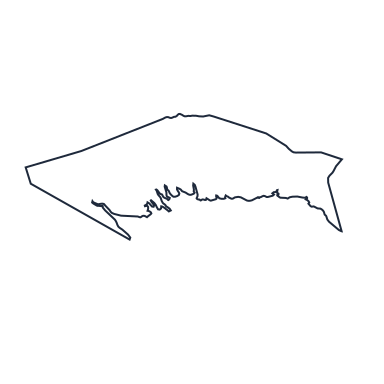 an SVG outline of Gulf, rotated 344°
{"feature_id": "PNG-1244", "entity_name": "Gulf", "entity_type": "Province", "adm_level": 1, "iso_a3": "PNG", "parent_name": "Papua New Guinea", "parent_adm1": "", "projection": "albers", "projection_center": [144.902, -7.657], "detail": "fine", "context": "isolated", "style": "outline", "palette": "slate", "viewbox_px": 384, "rotation_deg": 344, "n_neighbors": 0, "source": "natural_earth", "source_scale": "10m", "svg_char_len": 3992}
<svg xmlns="http://www.w3.org/2000/svg" viewBox="0 0 384 384"><g transform="rotate(344 192 192)"><path d="M325.0,271.0L324.8,270.9L322.7,269.0L315.5,258.3L314.5,255.7L314.4,252.3L314.2,251.6L313.5,250.6L313.3,250.2L313.3,247.6L312.9,246.1L312.0,244.6L310.9,243.4L308.2,242.4L305.7,240.0L305.0,239.4L303.0,239.1L302.1,238.3L300.7,235.3L301.8,234.4L301.5,233.0L300.6,231.6L299.5,230.6L300.4,230.3L300.9,229.8L301.1,229.1L300.7,228.3L299.0,228.7L296.5,227.7L292.0,225.4L287.2,224.2L284.4,224.0L282.2,224.7L280.6,223.6L275.3,221.8L274.1,220.4L274.0,220.1L273.6,219.7L273.2,219.3L273.0,218.6L273.2,218.3L274.4,218.2L274.7,217.7L274.6,217.2L274.2,216.9L273.8,216.6L273.6,216.3L273.7,215.7L274.7,213.7L274.1,213.7L273.1,215.0L271.9,215.0L270.5,214.7L268.9,215.4L270.1,217.1L268.6,217.8L263.5,217.7L262.4,217.4L260.8,215.9L259.7,215.4L258.4,215.5L257.2,215.8L255.9,215.9L254.5,215.4L254.5,216.0L253.0,215.4L247.3,216.5L245.3,216.4L243.7,216.0L242.4,215.3L237.5,210.6L235.1,209.4L231.9,209.0L231.2,209.1L230.4,209.4L229.5,209.6L228.5,209.5L227.8,209.1L226.0,207.5L225.4,206.5L224.2,205.6L223.5,204.6L222.8,205.4L222.1,206.7L222.2,207.2L220.6,207.3L218.5,206.7L216.6,205.6L215.8,204.0L215.5,203.1L214.9,202.3L214.3,202.0L214.0,202.8L214.0,204.6L213.7,205.1L212.9,205.5L207.7,205.5L206.8,204.9L204.2,202.0L203.2,203.4L202.3,203.3L201.2,202.5L199.9,202.0L199.4,202.1L198.4,202.5L197.9,202.5L197.7,202.3L197.3,201.5L197.0,201.3L196.3,201.1L195.4,200.5L194.8,199.8L194.7,199.3L196.1,197.6L196.7,196.0L196.8,187.8L196.6,185.9L195.6,184.4L194.9,186.1L194.5,190.2L193.8,192.0L194.3,193.4L193.3,194.1L191.6,194.3L190.1,194.4L188.7,193.9L187.5,192.9L185.7,190.8L182.7,188.5L181.9,186.6L180.9,185.5L178.8,183.8L178.3,185.3L178.6,186.9L179.1,188.4L179.4,190.0L178.6,191.2L176.8,191.8L174.6,191.9L173.0,191.5L172.2,190.7L171.3,189.2L170.5,187.6L170.2,186.5L170.1,185.5L170.0,184.7L169.8,184.1L169.3,183.5L168.9,182.7L169.1,180.6L169.0,179.7L167.7,178.2L167.2,179.3L167.3,185.3L166.6,188.0L166.6,189.1L167.1,189.8L169.0,191.5L168.6,192.3L167.8,192.9L167.0,193.2L166.7,192.9L166.2,191.8L164.0,190.0L163.2,189.1L163.0,188.5L162.7,187.0L162.6,186.5L162.4,186.0L161.9,185.7L161.3,185.3L160.9,185.0L160.2,183.5L159.2,180.8L158.5,179.8L158.0,179.8L158.4,181.2L158.5,184.5L158.9,185.8L160.0,188.1L160.3,189.4L160.4,192.2L160.9,194.4L161.4,195.3L162.2,196.2L162.9,197.4L163.2,198.7L164.2,199.7L165.9,201.9L166.5,203.9L164.4,204.3L164.1,203.8L162.5,201.5L162.1,201.1L161.6,200.2L160.6,199.0L159.5,197.9L158.5,197.3L157.7,199.3L156.1,200.0L154.6,199.3L154.0,197.0L153.6,194.5L152.7,192.1L149.9,188.0L150.3,190.2L151.3,192.6L151.8,194.6L151.0,195.6L149.6,195.0L147.7,191.1L146.4,189.7L145.9,190.7L145.0,191.4L144.0,191.8L142.9,192.0L142.9,192.7L145.1,192.8L145.7,194.2L145.2,196.1L144.1,197.8L145.0,198.2L146.1,199.2L146.9,200.3L147.0,201.4L146.1,202.0L143.0,203.2L141.8,203.8L140.2,202.2L139.4,201.7L138.3,201.4L137.4,201.5L136.4,201.9L135.4,202.1L134.6,201.7L133.1,200.6L117.3,195.2L111.1,191.6L109.1,189.9L108.3,188.4L107.8,186.7L104.8,181.0L104.2,179.5L103.9,179.2L103.1,178.7L102.2,178.4L100.2,178.1L99.3,178.1L98.0,177.7L95.1,175.4L94.3,174.6L94.1,174.3L93.8,173.4L93.1,174.6L94.0,175.9L96.7,178.8L97.5,179.3L98.4,179.5L100.2,180.3L102.2,180.7L102.3,181.1L102.0,181.7L101.9,182.2L103.4,185.7L110.3,197.4L110.8,199.1L111.1,200.9L111.2,202.9L111.6,204.9L112.5,206.4L114.7,209.0L118.7,215.2L120.1,218.8L118.9,220.5L39.3,139.6L38.9,122.5L96.9,122.1L183.9,113.7L184.1,113.7L186.6,113.1L187.8,113.0L188.7,113.1L189.8,113.5L191.2,114.6L192.3,115.1L193.4,115.1L195.5,114.8L196.9,115.1L198.5,114.6L199.5,113.9L200.7,113.4L201.9,113.6L203.7,115.1L204.9,116.5L206.0,117.3L207.3,117.6L209.5,117.8L211.3,118.5L213.3,118.7L217.1,119.9L219.7,121.2L223.5,122.5L229.7,123.0L233.6,125.4L279.5,156.2L295.2,173.6L296.9,177.1L299.2,180.5L300.5,181.8L302.6,182.7L327.0,189.5L345.1,201.9L337.6,206.9L333.8,210.9L332.3,212.2L328.7,214.2L326.7,216.0L325.5,220.5L325.0,271.0L325.0,271.0Z" fill="none" stroke="#1e293b" stroke-width="2"/></g></svg>